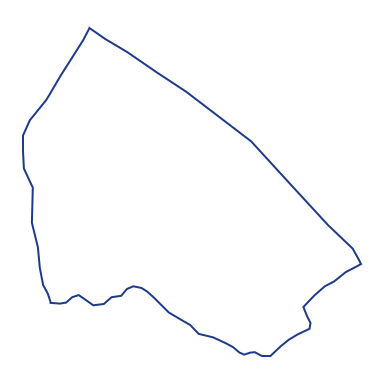 Älvsbyn, Norrbotten, Sweden
{"feature_id": "70781695B9243274568958", "entity_name": "Älvsbyn", "entity_type": "district", "adm_level": 2, "iso_a3": "SWE", "parent_name": "Sweden", "parent_adm1": "Norrbotten", "projection": "mercator", "projection_center": [20.635, 65.777], "detail": "fine", "context": "isolated", "style": "outline", "palette": "blue", "viewbox_px": 384, "rotation_deg": 0, "n_neighbors": 0, "source": "geoboundaries", "source_scale": "gbopen_adm2", "svg_char_len": 944}
<svg xmlns="http://www.w3.org/2000/svg" viewBox="0 0 384 384"><path d="M361.0,264.1L360.9,263.9L359.3,260.5L352.7,248.6L328.4,225.5L292.2,186.2L251.2,141.4L218.6,116.5L186.4,91.9L156.8,72.4L127.2,52.1L105.2,39.0L89.4,28.0L89.1,28.8L83.1,40.3L60.3,76.2L48.5,96.3L46.3,99.9L29.8,120.3L23.0,135.5L23.0,151.2L23.9,168.5L29.4,180.4L32.8,187.6L31.9,222.8L37.9,247.3L39.8,267.8L43.1,285.0L47.8,293.6L50.4,301.5L50.5,302.9L60.0,303.6L66.1,302.6L72.2,297.2L78.7,295.1L87.5,301.2L93.3,305.3L103.8,304.0L111.6,297.2L121.2,295.8L126.9,289.0L133.4,286.3L141.6,288.0L147.3,291.7L153.5,297.2L163.3,307.0L168.8,312.5L180.3,319.3L190.2,325.0L198.7,333.9L213.0,337.3L225.5,343.1L233.0,347.1L239.5,352.6L244.2,354.6L250.4,352.6L254.8,352.2L261.9,356.0L270.4,356.0L280.9,346.1L288.8,339.7L297.3,334.6L309.5,328.8L310.5,323.0L307.1,316.2L303.4,307.0L314.3,295.5L324.8,286.3L334.0,281.5L345.9,272.0L361.0,264.1Z" fill="none" stroke="#1e3a8a" stroke-width="2"/></svg>